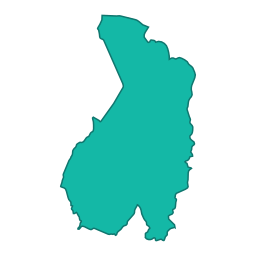 SVG path tracing the border of Haut-Ogooué
{"feature_id": "GAB-2627", "entity_name": "Haut-Ogooué", "entity_type": "Province", "adm_level": 1, "iso_a3": "GAB", "parent_name": "Gabon", "parent_adm1": "", "projection": "natural_earth1", "projection_center": [13.705, -1.23], "detail": "fine", "context": "isolated", "style": "filled", "palette": "teal", "viewbox_px": 256, "rotation_deg": 0, "n_neighbors": 0, "source": "natural_earth", "source_scale": "10m", "svg_char_len": 4236}
<svg xmlns="http://www.w3.org/2000/svg" viewBox="0 0 256 256"><path d="M148.5,27.1L145.1,32.5L144.2,34.7L144.2,37.2L147.7,42.0L148.2,42.4L148.7,42.3L149.7,41.9L150.0,41.5L150.2,40.9L150.5,40.3L151.1,40.0L153.8,40.4L154.6,40.7L155.2,41.3L155.7,42.2L158.5,41.4L161.6,41.9L164.4,43.5L166.4,45.7L167.7,48.8L168.6,52.3L169.2,56.0L169.3,59.3L170.6,58.5L171.9,58.0L173.2,58.0L174.6,58.6L175.8,59.0L177.0,58.5L178.2,57.9L179.5,57.6L181.7,58.3L184.6,59.8L187.2,61.7L188.8,64.3L191.9,66.8L192.8,67.9L194.6,72.2L195.3,74.9L194.8,77.7L191.7,85.5L191.3,87.7L191.3,89.9L191.8,92.1L192.1,94.8L191.3,96.7L189.9,98.4L188.7,100.6L188.3,102.7L187.9,106.5L187.1,108.4L187.1,109.6L189.3,116.6L190.1,118.5L190.4,119.5L190.3,120.3L189.9,121.8L189.9,122.6L190.4,123.7L190.8,124.0L192.1,125.5L192.7,126.7L192.8,127.5L192.7,130.2L192.4,132.2L192.1,133.1L191.7,134.0L191.1,134.7L190.5,135.3L190.0,135.9L189.8,136.9L190.2,138.6L191.3,139.9L194.0,142.0L194.5,143.9L193.9,144.9L192.9,145.6L192.0,146.6L191.8,147.4L191.6,149.5L190.7,152.1L191.7,153.3L192.5,154.9L192.6,156.2L190.1,156.7L189.6,157.5L189.3,158.5L188.7,159.4L188.0,160.1L187.3,160.5L185.7,161.1L185.0,161.8L185.5,162.5L187.0,163.4L188.0,167.0L189.3,167.5L190.9,167.8L191.5,168.4L189.7,169.7L188.7,170.8L188.2,172.8L188.0,179.8L187.5,182.1L187.5,182.8L188.1,186.7L187.5,187.9L185.5,189.2L185.3,189.3L176.4,193.3L175.9,194.0L175.5,194.6L175.3,195.4L175.3,196.4L174.9,197.3L175.0,197.8L175.4,198.3L176.0,198.8L176.4,199.5L176.3,200.4L175.8,202.2L175.4,206.8L175.0,208.1L174.5,208.7L173.2,209.3L172.7,209.7L172.7,210.5L173.1,212.1L173.1,212.8L172.1,214.1L169.5,215.2L168.4,216.1L168.7,219.1L174.5,224.8L175.0,227.6L174.7,227.4L171.1,228.4L170.3,228.8L169.6,229.3L168.1,230.8L167.5,231.5L167.2,232.4L167.2,234.8L166.7,235.5L165.9,236.2L165.3,237.0L164.8,238.6L164.4,239.7L164.0,240.4L163.3,240.5L162.5,240.1L161.4,239.3L160.6,239.3L160.1,239.4L156.6,240.6L156.0,240.6L155.5,240.1L155.3,238.5L154.6,237.9L153.8,237.9L153.1,238.3L151.8,239.2L150.2,239.6L148.3,239.5L146.5,238.8L145.3,237.5L145.4,237.1L145.4,233.7L146.0,232.9L147.6,232.0L148.7,229.3L149.6,228.7L149.9,228.1L148.9,226.4L148.1,225.8L147.3,225.3L146.7,224.7L146.4,222.2L145.9,221.3L144.5,219.7L143.6,218.1L141.8,214.0L141.1,210.3L140.5,208.4L139.5,206.7L138.5,205.6L137.7,204.9L137.4,204.8L137.3,205.3L135.7,208.0L134.8,209.8L134.6,210.8L134.5,212.5L134.2,213.4L133.6,214.4L127.8,221.0L127.3,221.9L127.1,223.8L126.7,224.5L126.0,225.2L124.1,225.8L123.2,226.4L122.5,227.1L121.3,228.8L120.7,229.5L118.2,231.5L117.4,232.4L117.0,233.2L116.8,234.0L116.5,234.7L115.7,235.3L115.3,235.1L114.6,234.0L114.1,233.9L113.1,234.3L112.7,234.3L111.0,234.0L109.5,234.4L108.2,234.2L94.8,228.5L94.1,228.3L93.2,228.4L91.7,229.4L90.9,229.6L89.3,229.1L84.3,226.6L82.4,226.2L81.4,226.5L80.1,228.1L79.2,229.1L78.1,229.2L77.9,228.7L78.3,227.8L79.2,227.0L79.5,226.4L79.8,225.6L80.0,224.9L80.1,224.1L80.3,223.2L80.7,222.5L81.3,221.7L81.1,220.7L80.8,220.6L80.3,220.6L79.8,219.9L79.6,219.2L79.2,216.8L78.4,215.8L77.0,213.1L76.4,212.4L74.5,213.5L73.4,213.5L73.1,211.9L73.0,211.0L72.7,210.4L71.7,209.3L71.5,208.7L71.7,208.1L72.0,207.4L72.1,207.0L72.4,206.4L72.5,205.9L71.0,205.5L70.9,205.0L71.0,204.5L71.0,204.1L70.8,202.0L70.4,201.5L69.3,200.1L68.8,199.5L68.1,197.6L66.4,191.2L65.5,189.0L64.3,188.0L61.0,186.8L60.7,186.5L60.8,185.9L61.9,182.6L62.4,180.2L63.5,177.5L63.5,176.6L63.2,174.9L63.4,174.0L69.0,160.5L70.4,158.5L70.8,157.7L71.0,156.9L71.7,155.9L72.2,154.9L72.5,153.9L72.7,151.3L72.9,150.5L73.6,149.3L74.3,148.4L75.0,147.8L75.7,147.1L76.2,146.1L76.6,144.6L77.4,143.8L79.7,142.4L80.3,142.3L80.7,142.4L81.3,142.5L81.9,142.4L82.7,142.2L83.4,141.6L84.2,140.9L84.8,140.0L85.9,138.4L86.5,137.6L87.3,137.1L88.6,136.5L89.1,135.9L90.4,133.3L91.1,132.5L92.0,131.9L92.7,131.6L93.3,130.5L93.6,128.8L93.6,125.1L93.4,121.8L92.6,118.5L92.6,117.9L93.3,117.2L98.9,120.4L100.2,121.7L100.8,121.4L101.2,121.0L113.7,103.5L123.2,87.2L123.3,85.7L122.8,83.6L103.7,40.2L103.0,39.5L102.2,39.1L101.5,38.9L100.8,38.5L100.1,37.9L99.7,36.8L99.6,35.8L99.4,33.9L98.7,30.3L98.3,29.6L97.8,29.0L97.6,28.4L98.1,27.4L99.9,24.3L101.9,19.9L102.1,15.4L116.4,16.0L119.4,15.8L120.6,16.0L135.9,19.8L137.4,20.5L139.1,21.7L142.8,24.8L148.5,27.1L148.5,27.1Z" fill="#14b8a6" stroke="#0f766e" stroke-width="1.5"/></svg>